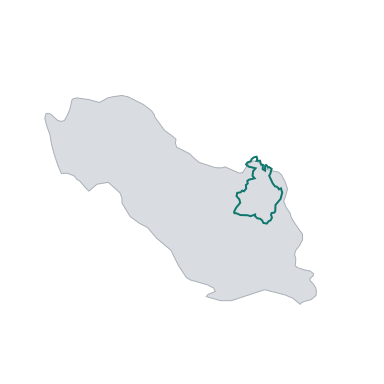 Kuçovë, Korçë, Albania shown in context, rotated 311°
{"feature_id": "67620474B90792074310011", "entity_name": "Kuçovë", "entity_type": "district", "adm_level": 2, "iso_a3": "ALB", "parent_name": "Albania", "parent_adm1": "Korçë", "projection": "equal_earth", "projection_center": [20.706, 40.677], "detail": "fine", "context": "in_parent", "style": "outline", "palette": "teal", "viewbox_px": 384, "rotation_deg": 311, "n_neighbors": 0, "source": "geoboundaries", "source_scale": "gbopen_adm2", "svg_char_len": 2419}
<svg xmlns="http://www.w3.org/2000/svg" viewBox="0 0 384 384"><g transform="rotate(311 192 192)"><path d="M125.1,113.7L125.4,108.3L126.7,99.9L126.0,97.1L126.8,92.2L124.4,85.8L120.3,81.2L124.3,73.0L130.1,63.1L135.5,55.2L142.1,47.1L146.4,39.3L151.1,32.5L155.1,30.5L157.1,31.9L158.1,34.8L157.9,43.5L159.2,46.6L162.0,48.8L167.8,47.7L174.3,45.5L183.0,40.9L184.5,41.2L187.7,43.6L194.4,54.1L198.8,63.4L207.6,66.6L212.5,70.2L218.8,75.7L221.9,81.3L226.2,98.2L226.7,108.5L225.4,113.2L224.3,114.4L220.4,131.1L221.3,139.7L221.3,145.3L217.9,147.5L215.7,151.0L219.3,165.0L218.9,171.0L219.0,177.8L225.5,193.4L229.3,198.2L232.7,200.6L237.1,215.0L239.7,217.5L250.4,216.1L255.6,217.7L257.7,221.1L258.2,223.4L257.5,231.5L260.1,237.7L263.7,244.1L263.7,248.1L261.3,254.5L257.1,262.0L251.4,264.8L245.1,267.3L242.2,273.1L240.6,279.3L237.8,283.9L236.1,288.9L233.5,299.2L232.8,302.9L228.6,306.7L222.0,308.3L216.1,308.6L212.2,310.3L210.1,313.8L206.4,316.7L204.1,318.0L204.1,321.1L206.8,327.6L209.9,333.0L210.0,337.2L208.5,338.4L203.7,337.9L202.6,339.5L202.1,344.2L200.8,348.3L198.8,350.8L195.4,353.5L189.1,352.6L183.2,348.6L180.1,347.3L178.3,347.4L177.9,337.4L175.3,329.6L166.0,311.0L135.7,292.9L128.6,284.7L125.5,277.9L122.4,271.4L125.4,271.3L128.4,272.9L132.1,274.8L133.7,271.6L132.1,264.6L124.4,248.1L123.8,243.6L127.7,229.8L134.2,214.4L133.9,195.8L136.0,181.7L133.8,172.6L132.9,161.4L137.6,146.6L141.6,142.9L144.1,138.2L144.3,122.4L135.4,115.1L125.1,113.7Z" fill="#d9dde1" stroke="#a8b0b8" stroke-width="1"/><path d="M218.1,228.3L217.5,232.6L215.4,235.5L209.4,235.6L207.6,236.0L206.2,236.3L204.3,237.0L203.9,238.0L205.0,239.3L206.4,243.7L211.0,249.3L212.1,252.0L216.4,254.4L215.1,255.6L215.0,258.6L216.5,261.0L216.6,263.4L215.5,266.2L217.3,269.2L220.3,269.0L222.1,269.9L225.1,269.2L226.6,266.6L228.4,265.9L230.6,267.7L232.1,267.4L237.0,263.5L244.9,263.4L250.7,260.5L253.1,256.8L251.0,255.8L251.6,254.5L251.5,252.3L250.7,250.9L251.5,247.2L254.9,239.6L257.5,239.0L259.8,237.8L261.7,236.9L261.4,234.0L260.2,233.4L261.0,231.3L261.0,230.3L260.0,229.8L256.1,233.1L255.6,230.4L259.0,227.7L258.0,226.2L260.2,222.8L257.9,220.3L259.8,219.5L261.0,217.6L259.0,216.1L256.0,215.4L253.8,216.2L250.8,214.5L248.3,214.7L248.3,218.0L251.6,224.4L247.7,224.5L243.9,227.1L243.4,230.3L238.7,226.9L236.6,226.5L235.0,228.5L232.6,228.1L230.2,230.6L226.6,230.7L226.0,229.0L223.7,228.9L221.0,226.7L218.1,228.3Z" fill="none" stroke="#0f766e" stroke-width="2"/></g></svg>